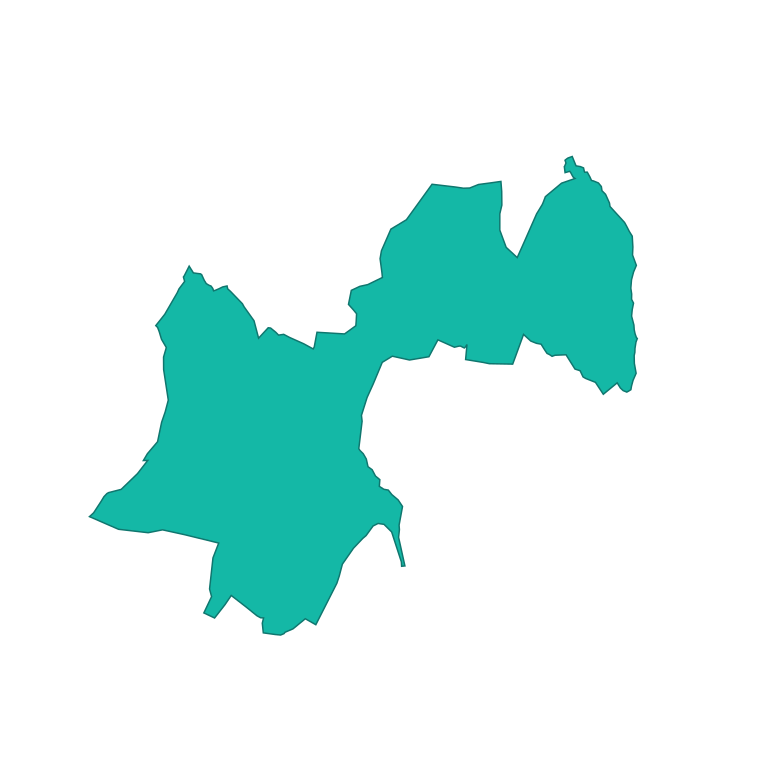 Malumfashi, Katsina, Nigeria (Equal Earth projection), rotated 199°
{"feature_id": "59680162B59256397716169", "entity_name": "Malumfashi", "entity_type": "district", "adm_level": 2, "iso_a3": "NGA", "parent_name": "Nigeria", "parent_adm1": "Katsina", "projection": "equal_earth", "projection_center": [7.623, 11.86], "detail": "fine", "context": "isolated", "style": "filled", "palette": "teal", "viewbox_px": 768, "rotation_deg": 199, "n_neighbors": 0, "source": "geoboundaries", "source_scale": "gbopen_adm2", "svg_char_len": 3279}
<svg xmlns="http://www.w3.org/2000/svg" viewBox="0 0 768 768"><g transform="rotate(199 384 384)"><path d="M320.3,243.8L322.0,251.3L323.8,255.5L326.6,274.2L332.9,279.0L340.6,282.0L345.4,285.1L349.9,284.4L355.1,285.7L356.8,292.2L362.1,294.2L367.3,299.1L372.2,300.6L376.3,307.3L380.9,311.3L385.2,313.4L386.8,314.7L389.3,326.4L392.6,341.7L395.1,347.0L395.6,365.7L394.2,380.6L392.7,403.9L385.2,413.0L367.7,415.0L350.4,424.4L347.4,443.3L329.4,441.7L326.1,443.8L325.1,444.4L323.7,444.8L322.8,444.6L319.8,444.2L319.0,445.7L318.4,448.4L314.8,433.7L297.2,436.7L291.0,437.5L268.8,444.7L268.6,453.8L268.2,476.3L259.2,472.4L253.1,472.1L248.4,472.8L245.0,470.0L242.6,468.1L239.8,466.0L237.1,465.7L234.1,464.9L231.6,466.9L221.4,470.9L208.3,460.3L202.9,460.4L198.1,455.5L195.1,454.9L184.6,454.4L173.3,445.7L163.9,461.0L159.1,457.1L155.7,455.6L151.8,455.4L150.4,456.9L148.7,459.0L149.3,462.7L149.7,468.5L149.1,476.2L154.0,485.0L156.7,492.3L157.1,495.6L158.3,499.5L159.4,505.7L159.3,509.5L160.5,510.1L163.0,513.3L165.1,516.8L166.9,521.1L172.0,528.8L173.5,535.1L174.4,541.7L177.5,544.7L179.1,549.7L181.8,554.9L183.9,563.1L184.5,571.2L184.0,578.3L191.0,586.9L193.3,594.6L197.4,604.6L201.6,608.0L206.2,612.4L209.2,615.1L228.1,625.4L229.7,628.5L236.3,635.5L240.8,637.7L242.8,641.5L246.7,643.9L252.0,644.2L254.1,644.0L256.7,646.8L260.8,650.5L263.1,649.6L263.7,650.1L265.7,653.3L269.0,653.5L273.4,652.8L274.1,653.5L280.1,660.4L283.6,657.6L284.5,656.4L285.7,654.5L284.3,652.7L283.9,652.1L283.9,651.3L284.0,651.0L284.0,649.8L284.1,648.8L284.3,648.3L281.6,642.8L277.6,645.6L276.0,644.4L274.0,642.5L272.3,641.1L270.3,640.5L281.5,631.7L292.4,613.7L292.6,607.5L292.8,605.1L295.1,594.6L297.7,563.4L299.2,546.9L313.0,553.0L324.6,567.2L329.9,582.6L330.8,591.5L335.4,604.4L339.4,613.6L349.0,608.7L359.6,603.4L366.8,597.2L372.6,595.0L380.6,593.5L403.6,588.5L416.3,546.6L427.9,532.7L429.8,509.1L428.5,501.2L422.2,488.6L420.2,484.2L431.7,472.7L438.6,468.5L445.4,461.9L443.5,447.7L437.2,444.2L432.8,441.5L430.7,434.2L429.6,429.9L437.6,418.5L464.2,411.1L462.0,396.2L462.2,395.1L462.4,394.1L473.0,395.9L488.6,397.3L495.0,398.3L499.6,395.9L503.2,397.7L509.4,400.0L511.8,399.5L517.5,386.5L527.5,401.5L541.4,411.4L544.0,413.8L559.3,421.6L562.8,423.1L564.3,425.6L568.1,423.3L571.3,420.1L574.2,417.5L575.5,416.6L577.0,418.6L579.4,420.3L581.7,420.4L584.8,421.1L586.2,422.3L587.5,423.3L592.1,428.1L593.5,428.4L596.2,427.8L600.4,427.0L606.6,432.0L608.1,421.2L608.5,419.9L605.9,416.1L608.8,407.2L609.2,403.0L614.0,378.5L618.8,364.9L616.5,363.8L613.5,360.2L609.0,353.9L601.7,347.6L601.2,337.7L597.1,326.0L582.7,298.5L581.8,286.3L581.8,275.4L581.1,269.9L579.3,255.7L585.0,241.1L586.6,233.3L582.5,234.8L587.9,219.0L598.2,198.8L609.1,191.6L610.3,190.2L612.1,186.3L613.3,180.8L616.6,167.7L619.3,162.7L587.7,160.2L558.6,166.6L545.9,174.0L523.6,176.6L488.5,179.8L489.1,163.9L482.2,133.4L477.8,126.8L479.8,108.9L468.0,107.6L462.5,123.6L459.6,134.3L441.9,128.3L428.7,123.5L424.6,122.8L421.7,123.6L421.2,118.2L417.1,109.4L405.4,111.7L400.0,113.0L397.3,115.4L396.7,117.1L390.3,122.9L382.0,136.4L370.1,134.2L363.7,180.2L363.8,187.7L364.7,200.1L359.4,218.8L353.8,231.1L351.6,234.8L348.1,246.2L344.2,250.2L338.3,251.3L328.6,246.6L309.7,221.5L308.0,217.4L305.0,218.8L320.3,243.8Z" fill="#14b8a6" stroke="#0f766e" stroke-width="1.5"/></g></svg>